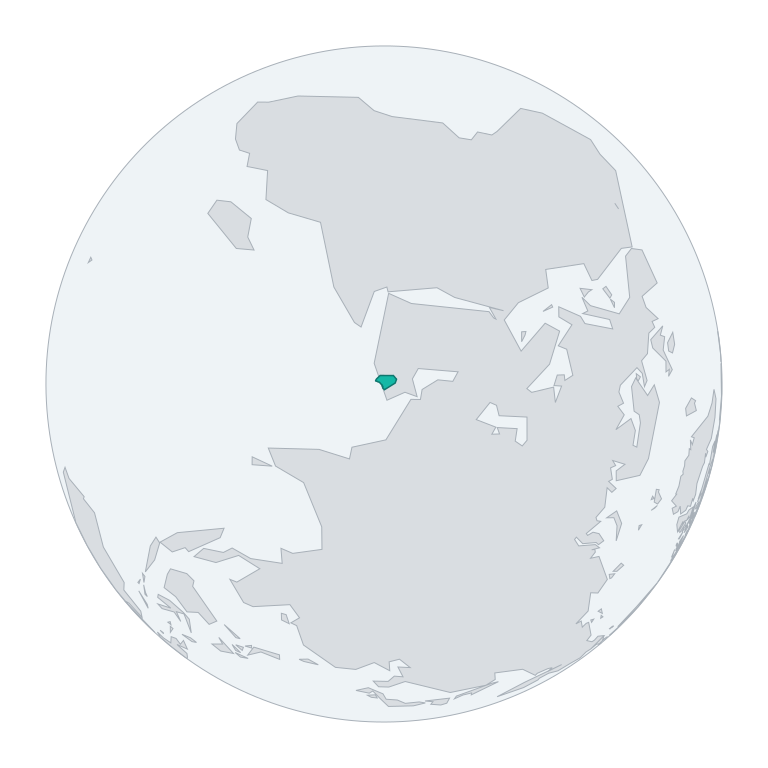 the Earth from above Al Wusta, rotated 121°
{"feature_id": "OMN-2405", "entity_name": "Al Wusta", "entity_type": "Region", "adm_level": 1, "iso_a3": "OMN", "parent_name": "Oman", "parent_adm1": "", "projection": "orthographic", "projection_center": [57.537, 20.48], "detail": "fine", "context": "on_globe", "style": "filled", "palette": "teal", "viewbox_px": 768, "rotation_deg": 121, "n_neighbors": 0, "source": "natural_earth", "source_scale": "10m", "svg_char_len": 10848}
<svg xmlns="http://www.w3.org/2000/svg" viewBox="0 0 768 768"><g transform="rotate(121 384 384)"><circle cx="384" cy="384" r="338" fill="#eef3f6" stroke="#a8b0b8"/><path d="M474.0,58.3L473.2,58.1L482.5,60.8L483.5,61.5L470.5,57.5L471.0,58.5L444.6,52.8L413.8,47.4L444.2,51.5L474.0,58.3ZM412.8,47.3L395.2,46.3L378.4,46.1L412.8,47.3ZM335.8,49.5L332.2,50.1L326.6,51.0L335.8,49.5ZM326.2,51.1L326.9,51.1L333.6,50.2L336.1,50.1L333.4,50.8L325.1,51.8L325.3,51.6L321.4,52.3L318.5,52.7L318.4,52.9L308.7,54.7L314.1,54.3L303.0,56.8L297.6,57.7L303.7,55.9L304.1,55.7L326.2,51.1ZM273.9,64.5L266.7,67.2L253.6,72.4L244.5,76.2L238.5,79.0L242.4,77.8L220.7,88.4L198.4,102.3L193.4,105.4L192.5,105.6L218.4,89.5L245.5,75.7L273.9,64.5ZM496.4,65.4L497.1,65.9L493.6,64.4L496.4,65.4ZM300.2,56.6L301.3,56.4L283.2,61.5L285.0,60.9L300.2,56.6ZM495.8,65.7L497.7,67.9L504.6,70.3L486.3,65.8L490.7,64.8L485.3,62.3L491.7,64.5L495.8,65.7ZM336.9,49.6L329.6,50.6L338.2,49.3L336.9,49.6ZM369.8,46.4L373.7,46.3L364.2,46.7L378.3,46.3L371.7,47.1L362.5,47.5L357.8,47.5L358.9,47.9L341.7,48.9L357.7,47.1L369.8,46.4ZM476.0,63.4L474.1,63.5L473.0,62.5L476.0,63.4ZM337.8,50.0L341.5,49.3L349.9,48.7L343.9,50.1L343.1,49.8L337.8,50.0ZM385.2,46.2L390.4,46.4L386.4,47.0L387.9,47.3L372.4,47.1L385.2,46.2ZM339.9,50.3L340.7,50.9L334.3,52.0L334.7,50.7L339.9,50.3ZM354.6,48.2L358.3,48.1L354.3,48.5L354.6,48.2ZM312.0,57.4L316.3,55.9L321.0,55.4L312.0,57.4ZM341.4,51.2L343.6,50.8L346.0,50.6L345.2,51.3L341.4,51.2ZM370.7,47.8L368.0,48.2L376.9,47.9L374.3,48.8L364.4,48.7L367.6,49.1L366.8,49.5L359.6,49.2L370.7,47.8ZM351.4,51.7L337.9,52.8L328.9,55.3L324.5,55.7L339.8,51.7L351.4,51.7ZM356.8,50.1L352.5,51.1L349.1,50.7L350.1,49.9L356.8,50.1ZM376.1,49.6L382.6,48.2L384.6,48.3L376.1,49.6ZM349.5,52.4L352.8,52.2L349.2,52.6L349.5,52.4ZM368.7,50.4L370.7,49.7L372.9,49.8L368.7,50.4ZM357.6,52.5L353.3,52.7L353.8,52.0L357.6,52.5ZM363.2,51.6L365.7,51.9L356.6,51.6L363.8,51.2L363.2,51.6ZM370.4,50.6L372.3,50.5L369.2,50.9L370.4,50.6ZM358.3,55.6L346.7,55.4L347.8,53.6L358.9,53.9L358.3,55.6ZM70.3,387.8L68.1,332.8L75.8,317.2L81.8,295.3L138.7,241.9L145.5,250.4L184.3,254.8L188.2,259.1L177.9,274.7L202.5,304.4L217.1,292.7L245.1,310.7L267.2,313.9L285.2,283.4L248.9,277.2L248.2,260.7L281.8,252.3L314.4,259.2L315.1,253.1L299.3,237.0L311.6,227.6L294.3,230.7L297.8,237.5L287.1,240.1L283.3,234.2L287.8,230.8L279.3,226.6L260.1,245.3L261.5,254.3L236.4,253.4L236.4,268.7L227.8,274.0L224.8,250.4L228.7,242.9L219.0,216.3L212.5,223.8L221.3,250.0L216.4,246.9L207.7,259.0L210.5,247.4L202.7,218.5L183.2,218.0L150.0,242.8L140.4,241.7L136.2,231.9L156.7,201.9L175.9,207.9L183.4,198.8L186.8,182.7L192.3,186.4L196.0,181.1L204.0,183.2L222.3,173.8L231.4,175.2L245.5,160.3L252.1,159.4L241.9,168.1L239.7,175.6L263.3,180.8L269.9,178.5L277.1,168.8L282.7,172.1L286.7,162.2L303.7,161.7L286.4,154.5L294.4,144.6L308.3,139.0L307.9,134.8L285.2,144.2L278.9,149.4L278.5,155.6L258.7,170.5L249.2,171.4L258.1,152.1L245.5,151.9L257.9,138.4L311.7,118.9L330.5,117.6L347.3,135.1L338.9,140.2L328.7,136.1L331.8,148.6L334.6,143.4L339.2,146.6L348.1,139.2L351.8,141.3L354.0,131.2L359.5,132.9L358.0,139.3L375.9,131.3L389.2,133.6L391.5,131.0L390.1,127.5L408.0,133.6L408.9,131.5L403.4,128.5L401.5,122.6L405.2,114.9L411.2,117.4L410.6,120.5L418.5,131.4L416.2,140.2L419.1,140.6L422.5,133.7L412.8,120.1L413.4,114.9L419.2,120.6L417.1,118.1L419.3,116.3L427.0,117.2L421.1,110.9L436.5,91.9L453.0,93.0L456.5,99.3L473.5,92.1L490.8,96.0L485.6,92.9L490.3,88.8L485.0,87.4L482.9,85.8L492.6,77.2L499.5,78.0L497.8,73.0L495.2,71.7L490.0,70.7L486.3,65.8L504.6,70.3L509.6,72.8L517.6,74.8L528.0,80.7L540.3,87.2L547.1,93.9L556.2,99.3L558.3,99.6L572.3,108.0L593.8,126.0L567.2,109.8L533.0,87.2L546.2,95.7L540.5,93.7L543.5,96.9L553.0,103.6L555.8,104.3L557.1,118.2L574.6,140.2L580.0,136.5L589.7,141.5L614.3,168.3L628.1,212.6L641.3,223.8L646.3,232.7L644.2,240.2L636.8,227.3L629.1,224.7L625.2,216.9L619.4,226.3L613.6,215.5L611.9,229.0L619.5,236.5L626.8,231.4L627.8,248.9L643.2,261.2L651.9,279.7L649.2,318.6L636.1,334.4L636.7,340.8L627.9,336.0L621.6,351.0L642.3,381.6L643.6,391.8L630.8,415.5L629.6,408.1L606.3,395.3L605.8,420.3L623.6,436.1L629.8,457.9L617.8,453.9L611.1,434.9L602.8,429.7L602.3,408.4L590.2,378.9L577.9,387.7L576.2,375.0L557.7,352.0L538.5,363.8L509.9,402.1L510.2,434.7L498.5,450.2L473.5,406.0L466.0,375.0L454.7,378.9L430.9,353.6L383.3,353.0L378.5,344.8L369.1,348.5L352.7,340.0L346.3,326.4L335.4,326.8L353.1,362.6L365.0,362.3L377.8,349.1L380.3,361.8L396.4,373.1L371.3,403.1L303.9,426.7L300.9,402.0L267.9,331.2L270.9,324.0L270.9,323.1L270.7,321.5L264.1,333.1L259.6,319.3L273.4,368.0L274.2,388.2L302.9,428.0L299.4,431.5L309.7,440.0L347.0,433.0L346.5,441.0L326.7,476.9L278.1,521.7L286.6,554.2L286.7,580.2L261.0,593.7L268.1,613.4L255.5,618.0L257.9,628.4L250.5,637.5L236.5,644.2L207.4,637.5L201.8,628.0L181.4,606.0L151.5,553.6L154.8,533.3L150.6,514.8L130.0,468.1L134.3,446.4L129.7,434.9L119.8,433.6L115.0,419.8L109.4,417.2L77.4,408.8L70.3,387.8ZM113.1,273.1L110.2,279.3L113.1,273.1ZM345.2,283.6L367.0,286.6L363.4,265.9L371.5,265.7L367.3,259.2L363.0,264.5L353.7,246.9L365.4,242.1L365.9,233.6L358.6,232.4L338.7,244.4L351.9,269.0L344.3,276.6L345.2,283.6ZM185.4,110.6L191.5,106.6L185.3,110.7L175.5,118.4L166.9,125.2L173.0,120.2L171.3,121.4L173.3,119.8L185.4,110.6ZM208.8,152.7L209.1,157.0L202.5,162.2L191.0,163.1L200.3,155.3L208.8,152.7ZM211.1,162.2L223.2,144.3L230.9,144.0L224.5,147.0L228.4,148.5L219.2,154.1L214.7,172.2L208.6,178.2L190.6,175.0L199.8,172.3L198.9,167.8L211.1,162.2ZM240.5,108.0L245.9,102.6L255.6,108.3L249.5,112.9L237.6,113.3L237.8,108.3L240.5,108.0ZM288.8,60.9L290.2,60.1L292.5,59.6L293.2,59.8L288.8,60.9ZM313.6,56.7L285.1,64.3L285.2,63.6L268.3,70.1L262.2,71.0L273.3,66.5L255.9,72.7L263.6,69.1L251.7,73.8L277.2,63.8L283.4,61.5L278.9,63.5L284.3,62.5L288.5,61.5L305.1,57.1L321.0,52.8L329.0,52.0L330.4,52.7L327.8,53.5L323.4,53.6L323.0,54.8L314.7,55.6L313.6,56.7ZM342.1,73.0L338.1,70.5L336.0,77.3L327.7,76.4L328.0,77.3L319.7,78.6L310.2,82.0L307.2,81.1L304.8,82.9L299.3,84.2L294.9,86.5L288.1,86.0L282.2,89.0L282.3,87.2L274.1,92.6L277.2,88.5L270.3,90.4L270.9,93.3L244.8,89.8L231.4,93.0L218.6,98.4L225.7,91.8L242.2,83.1L262.1,75.4L274.0,73.9L275.0,71.7L281.0,70.5L277.7,72.7L286.4,68.8L290.4,68.5L308.1,64.5L318.2,60.0L324.9,58.8L323.0,60.5L331.0,58.3L332.0,60.9L336.8,60.3L342.6,62.8L336.1,67.2L342.0,66.3L346.6,68.8L342.1,73.0ZM359.5,56.3L353.7,60.6L346.2,62.6L339.3,57.6L334.8,57.7L330.1,55.6L341.0,53.0L341.3,53.8L344.2,54.0L339.6,54.7L345.4,54.3L346.1,55.5L350.7,55.7L347.6,56.9L359.5,56.3ZM196.1,254.4L199.8,256.2L206.3,257.1L201.0,265.2L196.1,254.4ZM190.3,234.7L194.1,234.6L189.7,245.5L186.0,244.0L190.3,234.7ZM199.9,225.7L194.7,233.7L195.3,228.5L199.9,225.7ZM245.8,167.9L250.4,167.7L249.4,170.1L245.2,173.1L245.8,167.9ZM334.0,96.3L332.9,93.7L335.2,93.1L339.5,87.0L346.0,87.7L346.0,91.6L334.0,96.3ZM276.9,287.8L268.4,292.9L265.9,289.4L269.4,288.3L276.9,287.8ZM231.2,279.0L239.9,285.1L229.7,281.2L231.2,279.0ZM341.8,96.0L342.9,93.4L345.5,95.4L341.8,96.0ZM351.0,88.0L354.7,89.9L347.3,87.1L351.0,88.0ZM428.1,698.2L432.2,700.0L426.4,700.6L428.1,698.2ZM343.9,580.4L328.5,622.9L312.5,621.9L306.7,609.1L310.5,583.0L328.2,576.5L336.1,564.4L343.9,580.4ZM676.7,492.3L681.2,491.2L680.8,492.8L676.7,492.3ZM672.1,489.8L677.8,487.5L670.7,493.5L672.1,489.8ZM679.9,486.6L685.6,481.0L688.1,477.4L687.3,480.6L679.9,486.6ZM668.0,491.8L643.2,500.9L632.7,500.6L635.8,494.4L652.9,490.0L668.0,491.8ZM634.9,494.5L617.9,484.6L590.0,446.8L600.1,445.3L628.3,465.1L626.7,470.2L637.0,479.0L634.9,494.5ZM673.6,453.0L671.8,467.6L658.7,471.7L652.4,471.8L648.1,455.4L650.6,445.5L656.0,443.8L673.3,405.2L680.1,410.1L675.5,425.6L680.8,435.5L673.6,453.0ZM512.0,437.5L521.1,455.5L514.3,459.5L512.0,437.5ZM677.7,380.3L672.5,397.1L676.4,376.1L677.7,380.3ZM678.5,361.5L680.2,368.2L676.3,362.9L678.5,361.5ZM639.0,350.3L633.4,353.9L632.1,349.1L638.3,341.8L639.0,350.3ZM658.5,295.7L663.1,309.8L663.7,315.0L658.9,307.4L658.5,295.7ZM398.9,104.2L385.5,111.2L380.2,118.1L384.0,124.2L372.9,119.2L381.1,108.5L398.9,104.2ZM431.2,92.9L427.8,88.5L433.0,89.1L434.5,90.2L431.2,92.9ZM426.5,91.1L415.4,88.4L415.9,85.2L424.6,87.9L426.5,91.1ZM378.3,90.6L373.9,92.4L371.9,90.6L378.3,90.6ZM661.0,577.5L660.7,577.5L624.7,613.5L619.7,614.5L627.2,605.3L635.0,583.0L637.2,582.5L643.5,565.8L668.3,540.6L688.0,504.5L694.6,500.9L704.0,475.5L708.6,471.2L703.2,489.7L703.3,494.7L714.8,452.8L713.7,458.0L707.0,483.4L698.3,508.2L687.7,532.3L675.2,555.4L661.0,577.5ZM687.6,487.7L694.8,473.5L697.7,470.6L687.6,487.7ZM718.4,432.4L716.2,445.3L713.3,450.5L715.2,442.4L715.7,433.4L710.2,436.3L709.2,431.2L711.9,424.5L707.1,423.8L712.5,416.0L713.9,427.3L716.5,414.1L719.4,411.8L720.7,411.4L720.6,413.7L718.4,432.4ZM710.8,445.2L711.6,444.3L710.4,449.1L710.8,445.2ZM700.0,442.7L699.5,446.6L697.8,444.9L700.0,442.7ZM702.3,438.9L706.9,439.2L701.7,442.4L702.3,438.9ZM684.1,437.0L686.1,444.7L692.2,435.9L687.5,446.4L690.8,458.5L689.0,464.6L685.9,451.3L683.4,468.1L680.6,469.2L679.9,456.3L683.2,438.1L685.9,429.8L696.6,421.0L684.1,437.0ZM702.6,428.3L701.2,419.1L702.1,411.6L703.7,415.9L702.6,428.3ZM695.5,397.6L690.0,388.4L686.3,395.1L692.5,374.2L697.0,386.4L695.5,397.6ZM688.8,374.0L685.5,380.1L688.1,368.5L688.8,374.0ZM683.9,376.8L682.1,368.9L685.4,368.3L683.9,376.8ZM690.8,373.3L689.2,359.1L692.0,366.4L690.8,373.3ZM677.1,351.5L686.6,361.2L676.6,360.1L670.0,334.1L673.8,331.6L677.1,351.5ZM659.3,237.9L654.9,231.4L656.6,228.1L659.1,233.5L659.3,237.9ZM658.1,214.1L655.6,225.3L652.9,235.5L656.6,237.4L661.1,250.2L652.4,241.0L650.1,225.3L653.1,219.8L648.0,209.8L646.8,201.3L638.4,190.1L636.1,184.3L644.7,193.0L658.1,214.1ZM634.6,185.6L619.5,166.0L625.3,165.8L629.9,170.0L634.4,178.9L631.1,178.4L634.6,185.6ZM617.6,161.5L614.2,161.2L584.9,137.4L580.2,132.6L605.5,149.1L603.7,149.8L609.9,156.1L617.6,161.5ZM477.6,64.7L474.4,63.6L477.6,64.2L477.6,64.7ZM479.8,85.2L477.5,83.1L481.4,83.3L479.8,85.2ZM473.2,77.6L470.4,78.7L470.8,76.4L473.2,77.6ZM464.8,81.9L468.2,78.7L468.5,83.4L464.8,81.9Z" fill="#d9dde1" stroke="#a8b0b8" stroke-width="1"/><path d="M371.9,380.3L372.0,380.1L372.3,379.1L372.6,378.2L372.9,377.5L373.1,376.8L373.2,376.3L373.3,376.0L373.4,375.8L373.5,375.7L377.4,374.9L386.4,379.5L388.1,380.4L388.7,380.7L388.0,383.2L387.9,383.2L387.7,383.2L387.5,383.3L387.4,383.4L387.1,383.4L387.1,383.5L386.9,383.8L387.0,383.9L387.0,384.0L386.9,384.0L386.7,384.1L386.4,384.3L386.3,384.5L386.4,384.9L386.3,385.0L386.0,385.1L385.9,385.1L385.8,385.3L385.7,385.4L385.7,385.5L385.6,385.8L385.7,386.0L385.6,386.4L385.5,386.7L385.5,386.8L385.5,387.0L385.4,387.3L385.3,387.6L385.2,387.8L384.9,388.3L384.9,388.6L385.0,388.7L385.0,388.8L385.0,389.1L384.9,389.4L384.9,389.5L385.0,389.6L385.2,390.0L385.3,390.1L385.3,390.3L385.3,390.5L385.2,390.9L385.2,391.0L385.3,391.4L385.4,391.5L385.5,391.7L385.5,391.8L385.5,392.0L385.7,392.5L385.6,392.8L385.2,392.9L385.1,393.0L383.8,393.0L383.5,393.0L378.7,391.7L372.0,380.4L371.9,380.3Z" fill="#14b8a6" stroke="#0f766e" stroke-width="1.5"/></g></svg>